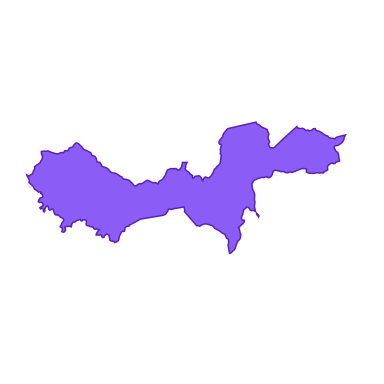 outline of Mara Rosa, Goiás, Brazil, rotated 351°
{"feature_id": "56859067B85632953243460", "entity_name": "Mara Rosa", "entity_type": "district", "adm_level": 2, "iso_a3": "BRA", "parent_name": "Brazil", "parent_adm1": "Goiás", "projection": "orthographic", "projection_center": [-49.395, -14.029], "detail": "fine", "context": "isolated", "style": "filled", "palette": "violet", "viewbox_px": 384, "rotation_deg": 351, "n_neighbors": 0, "source": "geoboundaries", "source_scale": "gbopen_adm2", "svg_char_len": 6021}
<svg xmlns="http://www.w3.org/2000/svg" viewBox="0 0 384 384"><g transform="rotate(351 192 192)"><path d="M219.5,258.5L221.5,258.0L222.9,256.7L224.3,256.0L225.6,254.6L229.1,248.3L231.5,246.3L232.4,245.3L233.0,244.0L233.0,242.6L233.7,241.4L233.1,240.3L233.0,239.1L233.2,237.9L232.8,236.7L233.0,235.5L232.3,234.2L233.6,233.7L236.3,231.7L237.3,231.4L239.2,229.3L239.3,228.1L237.2,227.6L236.8,226.2L236.9,224.9L237.6,223.4L238.6,222.1L240.2,217.7L242.7,216.3L243.9,215.2L245.1,215.9L246.2,217.4L246.5,218.6L247.1,219.4L248.0,219.9L249.6,219.6L251.7,221.2L251.4,217.0L251.5,215.9L252.6,211.7L252.5,209.3L253.4,205.2L253.5,203.1L252.9,200.8L252.4,199.5L252.3,196.5L252.5,192.9L253.5,192.3L254.2,190.7L256.1,189.9L259.0,189.1L261.6,188.7L262.6,188.3L264.8,189.0L266.9,188.6L268.3,188.5L269.2,189.5L270.3,190.0L271.8,189.5L272.9,188.7L274.1,187.1L274.8,185.2L275.4,184.3L276.6,183.6L278.8,183.8L283.3,185.9L285.0,186.0L286.0,186.2L287.0,187.3L289.4,187.9L292.9,187.6L293.9,188.3L295.2,187.9L296.8,187.9L298.2,187.3L303.4,186.2L305.4,186.2L307.4,186.6L308.8,187.4L308.2,188.7L308.1,190.1L310.0,191.6L312.4,192.0L314.8,192.7L316.8,192.5L319.2,192.6L320.8,193.3L322.6,193.2L324.4,193.8L327.2,192.0L328.2,192.1L329.6,191.3L329.5,189.5L330.1,187.5L333.4,185.4L334.9,185.2L336.1,186.1L337.6,186.3L338.6,185.1L342.5,184.6L342.7,182.9L342.4,181.3L342.6,178.3L342.1,175.6L340.8,174.5L340.2,173.4L340.0,172.1L339.4,171.3L339.3,170.0L340.5,168.9L343.2,168.8L344.4,168.4L346.7,167.4L348.8,165.9L349.9,164.5L350.8,162.0L352.5,159.7L345.5,160.2L342.8,160.7L341.5,161.7L337.1,160.4L335.7,159.6L335.1,158.8L334.8,157.9L333.6,157.5L330.4,154.9L329.4,153.6L328.1,152.8L327.5,152.0L325.3,151.2L324.1,150.2L323.6,148.7L322.6,148.5L321.6,148.5L320.8,149.3L318.5,150.0L317.1,149.8L316.1,148.8L314.8,149.2L313.6,148.8L313.0,147.6L311.2,146.4L308.8,146.3L305.8,145.0L305.8,143.8L290.9,153.5L280.3,160.8L279.1,161.4L277.5,160.6L276.3,160.6L276.0,159.7L275.2,158.4L275.0,157.0L276.1,155.3L276.5,154.3L275.6,151.6L275.6,150.4L275.9,148.8L276.9,147.3L276.9,146.1L276.4,145.0L276.0,142.0L270.9,138.7L268.7,136.0L267.7,135.6L266.5,134.6L266.2,133.0L237.2,135.0L236.2,135.7L235.3,136.7L234.4,137.1L233.9,138.0L232.8,138.8L231.8,140.0L231.4,141.2L230.6,142.4L227.9,144.8L226.6,146.3L226.3,147.8L226.8,149.1L228.0,149.4L228.2,150.4L227.2,153.0L226.6,154.2L226.6,156.9L225.9,158.4L226.5,159.6L226.5,161.1L224.2,168.2L223.2,169.0L222.4,170.0L221.3,170.3L220.0,171.2L219.0,172.5L217.7,173.0L216.0,175.9L213.4,179.2L212.1,179.9L211.2,180.7L209.9,180.7L207.6,179.2L206.4,179.8L204.9,181.5L204.5,182.5L203.8,181.7L203.7,180.4L202.5,177.9L201.2,176.9L199.5,177.2L198.6,176.9L197.3,177.0L196.5,178.0L194.9,178.4L194.8,177.3L195.1,176.0L194.1,174.6L192.6,173.9L192.6,172.8L191.4,171.4L190.6,170.9L189.2,169.0L188.8,167.7L189.7,166.7L189.8,165.2L190.5,163.5L191.8,162.0L187.2,161.3L186.5,163.5L185.6,165.4L185.0,166.3L183.3,167.7L182.2,168.4L181.2,168.0L180.4,166.8L179.3,166.2L177.4,166.1L174.9,165.6L171.9,166.2L170.8,166.8L168.3,171.2L165.4,174.4L163.7,175.5L162.0,175.9L161.2,176.5L159.6,178.6L157.9,177.2L155.2,176.7L153.5,176.0L151.2,174.1L149.7,173.4L148.2,173.9L144.6,175.6L143.4,175.9L141.7,175.6L140.4,175.8L138.6,176.6L137.7,177.3L136.0,176.9L134.0,173.5L133.3,172.8L132.5,171.5L131.6,170.6L129.3,169.3L127.0,168.8L125.7,167.7L125.1,166.1L123.8,165.4L121.9,163.4L119.4,161.6L117.2,160.8L116.3,160.7L115.1,159.8L113.6,157.7L113.2,156.6L111.2,154.7L107.1,152.6L106.6,150.7L105.8,148.6L103.0,147.3L102.7,145.9L102.7,144.1L102.2,142.6L101.4,141.5L98.9,140.1L98.1,137.3L95.1,135.1L91.6,132.9L90.7,131.0L88.1,127.3L87.2,126.2L85.7,125.5L84.4,125.7L82.3,127.5L81.5,128.6L80.6,129.0L79.1,129.1L77.6,129.5L76.6,131.0L75.4,131.9L73.0,131.2L71.2,133.1L69.5,132.6L68.2,132.7L65.6,133.4L63.4,132.8L58.5,130.4L57.8,129.8L56.0,128.8L54.8,129.0L51.5,128.4L49.6,128.4L49.3,130.3L49.4,131.8L50.0,133.0L49.4,135.5L48.4,137.0L47.6,137.6L46.1,139.7L45.0,140.0L44.2,140.7L42.8,141.1L41.9,141.7L40.4,142.4L40.4,143.8L39.9,145.0L38.5,146.6L37.6,149.0L35.3,149.7L34.3,150.5L33.2,150.7L31.5,149.3L31.8,150.8L32.9,153.4L33.1,155.0L32.5,157.4L33.5,158.2L33.9,159.1L35.1,160.3L36.1,161.9L36.9,164.8L38.2,165.5L40.3,168.1L41.9,168.1L43.0,168.7L42.3,169.6L43.3,170.4L43.9,171.4L43.8,173.3L42.9,174.0L41.8,174.1L40.7,174.4L39.1,176.4L38.7,177.6L39.6,178.5L41.5,178.7L42.4,179.2L42.9,180.6L42.9,182.1L41.6,182.7L40.2,183.2L39.3,183.8L39.8,185.0L41.6,184.7L42.5,186.1L42.2,187.5L42.8,188.6L43.6,188.0L44.1,185.3L44.9,184.6L45.6,183.4L46.8,183.1L47.7,183.8L47.8,186.6L48.7,187.7L50.2,187.3L51.1,186.7L52.0,187.3L52.9,192.3L53.8,193.3L54.9,193.7L56.3,193.6L57.7,195.9L60.6,198.1L61.0,200.0L58.5,202.4L57.8,204.0L56.3,205.8L57.0,206.4L58.1,206.9L58.1,208.3L57.7,209.9L57.2,210.8L58.1,211.4L59.4,211.6L60.4,210.8L61.3,209.5L60.9,206.9L62.1,206.4L64.1,206.5L66.2,206.9L67.4,207.5L68.1,205.2L69.1,203.8L70.7,203.1L71.7,203.4L73.5,202.2L77.3,201.6L77.8,203.0L78.8,203.4L79.7,202.5L81.3,202.6L83.1,203.4L82.9,205.7L82.4,206.9L82.4,208.1L83.2,208.8L84.4,209.1L85.5,210.0L88.9,211.3L89.5,213.0L90.5,213.7L92.0,213.4L94.6,214.9L93.1,215.9L92.1,216.9L91.2,218.0L90.6,219.4L93.6,220.1L95.0,220.1L95.8,220.8L95.9,222.1L96.6,223.0L98.0,223.0L98.9,221.3L100.1,220.8L101.4,220.0L103.5,222.2L103.1,223.4L103.5,225.0L103.3,226.7L104.2,227.7L105.3,227.9L106.9,228.5L107.7,229.8L109.0,229.7L111.6,228.6L112.4,227.2L112.9,225.4L114.2,223.0L115.1,222.0L116.2,220.4L117.5,220.1L119.1,220.2L119.8,218.8L120.2,216.9L121.5,216.0L122.5,215.7L124.4,215.9L125.0,215.0L137.1,210.7L159.9,210.5L162.3,209.9L165.1,207.2L165.8,205.3L167.1,205.4L168.9,206.0L170.3,205.9L171.5,205.6L181.9,205.6L181.8,207.2L182.1,208.7L181.5,210.2L191.3,226.0L192.9,226.2L194.3,227.0L195.5,226.6L196.4,226.0L198.9,225.5L200.1,225.6L201.2,225.8L204.6,227.3L206.6,228.3L207.6,229.0L208.6,231.4L212.6,234.3L216.0,237.8L217.8,238.8L219.0,243.1L219.9,243.6L220.4,244.7L220.5,245.8L220.0,248.9L219.3,249.8L219.5,258.5ZM252.4,222.8L252.5,224.5L253.9,227.1L254.3,225.9L253.7,224.7L252.4,222.8Z" fill="#8b5cf6" stroke="#5b21b6" stroke-width="1.5"/></g></svg>